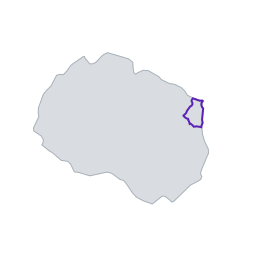 Kriva Palanka highlighted on a map of North Macedonia, rotated 42°
{"feature_id": "MKD-2906", "entity_name": "Kriva Palanka", "entity_type": "Statistical Region", "adm_level": 1, "iso_a3": "MKD", "parent_name": "North Macedonia", "parent_adm1": "", "projection": "mercator", "projection_center": [22.313, 42.232], "detail": "fine", "context": "in_parent", "style": "outline", "palette": "violet", "viewbox_px": 256, "rotation_deg": 42, "n_neighbors": 0, "source": "natural_earth", "source_scale": "10m", "svg_char_len": 1774}
<svg xmlns="http://www.w3.org/2000/svg" viewBox="0 0 256 256"><g transform="rotate(42 128 128)"><path d="M116.6,69.2L120.5,69.7L128.8,67.3L134.0,64.0L136.7,63.5L140.2,62.3L145.3,62.5L150.4,63.9L157.0,62.0L163.4,58.9L166.0,59.7L168.8,62.3L170.6,63.0L181.3,76.9L187.1,82.5L194.0,86.8L201.8,89.9L204.7,92.9L209.7,107.6L212.1,113.2L215.4,114.8L216.2,116.4L216.3,118.5L212.6,128.8L211.1,151.8L210.1,153.7L206.2,153.6L201.0,154.1L199.0,155.8L196.9,168.2L188.5,171.7L180.9,173.7L174.5,173.2L163.3,170.3L159.6,170.0L156.4,171.6L146.4,172.5L142.0,174.7L131.6,189.1L121.1,194.0L117.5,196.5L109.5,193.3L105.7,193.0L100.1,196.7L88.0,197.0L84.7,197.7L75.3,198.2L74.9,196.3L73.2,193.4L68.8,192.0L59.9,193.2L57.7,191.1L54.0,178.9L51.1,176.9L47.9,172.8L42.5,159.5L42.3,153.7L42.7,148.6L39.7,136.6L41.5,133.6L44.3,131.7L44.4,126.8L43.6,119.5L46.9,105.1L47.8,104.0L48.7,104.7L56.7,105.9L58.8,104.0L60.1,101.2L60.5,90.6L62.4,85.7L81.9,76.3L87.6,76.0L92.0,80.3L95.5,83.0L97.6,82.9L98.3,80.2L100.7,74.9L104.7,71.8L116.5,69.2L116.6,69.2Z" fill="#d9dde1" stroke="#a8b0b8" stroke-width="1"/><path d="M165.4,57.8L165.7,58.2L165.8,59.8L166.0,60.5L167.0,61.7L168.1,62.5L169.3,63.0L170.7,63.1L177.5,72.3L180.1,74.3L181.0,77.0L181.9,78.4L180.7,79.0L180.0,79.5L178.8,80.3L177.6,81.1L176.9,82.2L176.1,82.6L175.7,82.8L175.7,83.0L174.9,82.9L174.6,82.8L174.3,82.8L173.8,82.8L173.3,82.8L172.5,82.9L171.4,82.9L171.0,83.0L170.8,83.2L170.8,83.5L169.9,82.9L168.8,82.2L167.6,81.9L166.9,81.1L166.4,81.0L165.9,81.4L165.4,81.6L164.0,81.9L163.0,81.9L161.9,81.9L161.2,81.9L160.8,81.4L160.9,81.1L161.1,80.2L161.2,78.9L161.0,77.3L160.4,76.1L160.0,72.5L159.8,70.6L160.3,68.8L160.1,67.4L158.9,66.1L157.5,65.7L156.7,64.8L156.4,62.5L163.0,59.8L164.8,57.9L165.4,57.8Z" fill="none" stroke="#5b21b6" stroke-width="2"/></g></svg>